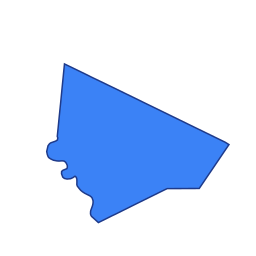 the district of São Bernardo, Maranhão, Brazil, rotated 65°
{"feature_id": "56859067B43626889758943", "entity_name": "São Bernardo", "entity_type": "district", "adm_level": 2, "iso_a3": "BRA", "parent_name": "Brazil", "parent_adm1": "Maranhão", "projection": "mercator", "projection_center": [-42.405, -3.29], "detail": "fine", "context": "isolated", "style": "filled", "palette": "blue", "viewbox_px": 256, "rotation_deg": 65, "n_neighbors": 0, "source": "geoboundaries", "source_scale": "gbopen_adm2", "svg_char_len": 1111}
<svg xmlns="http://www.w3.org/2000/svg" viewBox="0 0 256 256"><g transform="rotate(65 128 128)"><path d="M185.7,43.5L182.0,45.9L155.7,67.2L149.4,72.3L112.6,102.1L94.3,116.9L82.1,126.8L80.9,127.8L65.6,140.3L64.4,141.2L43.1,158.5L62.3,169.9L75.7,177.8L78.2,179.3L91.3,187.1L97.9,191.0L102.6,193.8L105.8,195.7L107.3,195.8L109.0,197.0L109.3,199.1L108.8,204.3L109.1,205.8L110.3,208.0L114.9,211.6L117.7,212.3L119.7,212.5L121.2,212.4L123.3,211.2L125.7,209.2L127.8,206.3L128.8,204.5L129.9,201.6L130.9,200.0L132.6,199.0L134.8,198.8L136.5,198.9L138.1,199.7L139.0,200.6L138.8,204.9L139.3,206.5L141.4,207.6L144.9,207.9L146.8,207.0L148.5,204.8L149.7,201.4L149.7,199.0L149.3,196.4L150.9,195.7L152.8,196.0L155.3,197.1L157.7,198.3L159.2,198.5L161.9,197.9L164.5,197.2L166.6,196.2L169.0,194.7L173.4,191.2L175.0,190.4L176.2,190.1L179.1,190.4L180.5,191.0L182.0,191.9L183.6,193.2L187.0,196.6L188.0,197.3L190.0,198.3L191.4,198.5L192.7,198.4L201.2,194.8L200.8,179.4L200.8,175.9L200.3,156.7L200.2,152.3L199.5,120.8L199.5,118.1L212.9,89.0L204.4,74.8L201.8,70.4L185.7,43.5Z" fill="#3b82f6" stroke="#1e3a8a" stroke-width="1.5"/></g></svg>